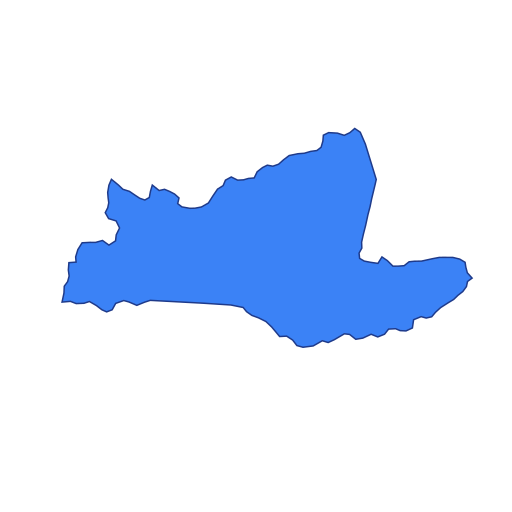 Jerônimo Monteiro, Espírito Santo, Brazil, rotated 252°
{"feature_id": "56859067B21452622796609", "entity_name": "Jerônimo Monteiro", "entity_type": "district", "adm_level": 2, "iso_a3": "BRA", "parent_name": "Brazil", "parent_adm1": "Espírito Santo", "projection": "mercator", "projection_center": [-41.39, -20.797], "detail": "fine", "context": "isolated", "style": "filled", "palette": "blue", "viewbox_px": 512, "rotation_deg": 252, "n_neighbors": 0, "source": "geoboundaries", "source_scale": "gbopen_adm2", "svg_char_len": 2133}
<svg xmlns="http://www.w3.org/2000/svg" viewBox="0 0 512 512"><g transform="rotate(252 256 256)"><path d="M152.2,424.6L153.6,430.6L156.2,435.9L158.3,441.7L161.9,446.7L166.4,449.3L168.2,454.7L174.7,451.8L180.4,452.1L185.4,452.9L190.1,448.8L193.8,442.8L196.2,435.6L198.0,430.0L198.9,423.0L200.0,411.8L202.1,404.9L203.2,399.8L201.0,393.9L202.4,388.2L204.0,383.1L211.0,379.5L216.2,375.5L211.3,369.7L214.6,363.0L217.7,357.4L221.7,353.8L226.9,354.9L230.8,359.1L236.5,360.7L243.3,364.7L251.2,369.7L260.8,375.3L267.8,379.8L274.7,383.7L286.9,391.2L291.6,394.0L328.7,394.6L341.5,393.4L346.8,389.3L344.3,383.4L343.5,377.2L347.7,371.4L350.9,363.2L350.1,357.4L344.6,355.1L339.3,351.5L337.5,346.5L338.6,340.3L338.8,333.7L340.3,327.5L341.3,318.6L339.1,312.2L336.3,305.8L336.2,299.8L338.9,294.8L338.1,289.6L335.8,283.2L330.8,278.4L332.1,272.8L332.3,267.7L333.8,262.0L338.8,256.9L337.6,250.4L333.1,246.5L331.5,240.1L326.3,233.4L321.1,227.1L319.5,219.2L320.3,212.8L321.8,207.8L325.6,200.7L330.0,197.7L335.0,200.7L340.1,197.7L344.1,193.8L347.7,189.6L348.2,184.1L355.5,179.3L350.1,175.6L344.6,172.6L343.6,167.6L346.8,163.3L351.3,159.7L356.6,155.6L360.6,150.0L366.0,147.1L373.6,142.2L368.8,138.0L362.3,134.6L356.9,133.3L352.1,132.4L347.7,129.9L343.8,126.0L337.1,127.4L332.6,133.8L324.8,134.9L319.3,129.6L313.8,127.1L311.8,119.5L318.2,114.8L318.5,107.6L320.3,102.2L322.3,94.7L317.2,88.6L310.9,84.2L305.8,83.0L307.5,76.0L300.7,73.2L294.7,72.1L289.8,68.9L286.5,64.3L280.1,61.9L272.1,57.3L270.2,65.5L266.3,70.3L264.2,77.8L264.2,83.5L258.2,88.9L252.5,92.8L249.0,96.7L249.3,102.6L254.3,107.9L254.5,116.5L251.5,121.0L245.9,127.4L246.5,135.7L246.5,141.7L227.7,190.5L217.2,216.9L211.0,227.9L206.0,229.8L200.8,233.7L196.4,239.3L190.6,245.2L183.6,249.0L177.9,251.3L172.1,253.6L170.3,260.4L164.7,264.9L158.2,267.2L154.7,272.5L152.8,282.6L154.9,292.9L151.4,297.9L152.2,304.6L154.7,316.0L152.5,320.8L146.0,325.1L144.9,332.2L146.0,341.3L141.4,346.8L141.9,354.1L145.5,359.5L143.7,366.3L140.5,370.0L138.4,375.5L139.2,382.5L146.7,386.2L147.3,394.3L144.4,398.7L143.9,404.3L147.0,409.3L149.9,415.7L152.2,424.6Z" fill="#3b82f6" stroke="#1e3a8a" stroke-width="1.5"/></g></svg>